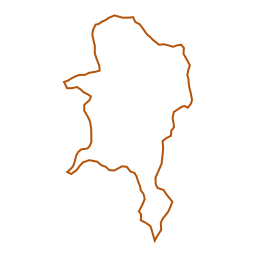 the district of Adelândia, Goiás, Brazil
{"feature_id": "56859067B13956075802223", "entity_name": "Adelândia", "entity_type": "district", "adm_level": 2, "iso_a3": "BRA", "parent_name": "Brazil", "parent_adm1": "Goiás", "projection": "natural_earth1", "projection_center": [-50.188, -16.386], "detail": "fine", "context": "isolated", "style": "outline", "palette": "amber", "viewbox_px": 256, "rotation_deg": 0, "n_neighbors": 0, "source": "geoboundaries", "source_scale": "gbopen_adm2", "svg_char_len": 1606}
<svg xmlns="http://www.w3.org/2000/svg" viewBox="0 0 256 256"><path d="M183.9,47.9L181.1,44.7L177.3,45.3L173.1,46.8L169.0,45.5L164.1,44.3L159.1,44.7L153.4,40.3L150.1,36.9L146.9,34.3L142.8,28.4L139.7,24.3L135.2,21.9L133.1,17.2L129.2,17.6L122.6,17.7L114.5,15.4L108.9,17.8L104.9,20.4L101.8,21.7L99.0,23.8L95.6,24.7L93.0,29.9L92.3,34.5L93.5,40.4L94.8,45.7L94.8,53.4L97.0,59.9L99.2,65.5L99.7,70.5L95.7,71.7L89.0,72.8L85.2,74.8L78.9,75.0L75.6,76.3L71.8,78.2L68.1,80.5L64.0,82.0L67.1,88.2L71.7,88.2L76.9,87.0L80.5,89.4L84.0,92.5L87.6,94.2L90.9,96.4L89.7,99.9L84.2,105.0L84.3,110.8L87.8,116.7L89.9,121.2L91.1,128.0L91.3,133.2L91.4,141.8L90.0,145.6L87.4,148.5L81.4,149.3L78.1,152.1L76.2,155.6L74.8,161.3L73.1,166.2L70.3,169.3L67.2,172.0L71.2,174.0L76.5,170.2L80.0,165.5L83.0,162.3L89.2,160.2L97.3,161.7L101.5,165.3L105.8,166.8L109.3,170.1L114.3,170.5L122.0,166.3L126.8,166.8L130.4,171.5L134.4,172.9L136.5,176.3L138.4,182.4L140.0,186.2L140.8,190.4L143.5,193.9L144.7,199.1L142.3,204.9L138.9,211.3L141.1,214.4L140.8,220.3L145.4,222.6L150.3,226.0L151.6,229.6L154.7,240.6L157.0,236.4L161.2,229.9L160.8,222.8L162.6,218.8L165.9,214.8L168.3,211.5L170.2,207.3L172.4,201.8L168.8,197.3L166.5,194.5L163.6,190.0L157.7,188.0L155.7,184.3L155.5,177.6L157.8,172.5L161.6,163.7L162.4,156.2L162.9,151.1L163.1,147.2L162.6,141.1L166.3,138.1L170.9,135.8L171.3,130.7L174.0,127.1L173.5,122.9L172.6,118.1L173.8,112.0L181.1,107.2L184.4,105.9L187.8,107.7L191.1,103.5L192.0,99.6L190.8,93.3L189.4,87.6L188.7,83.4L188.5,79.1L187.3,74.8L188.5,69.4L189.9,65.4L187.5,60.8L183.5,53.8L183.9,47.9Z" fill="none" stroke="#b45309" stroke-width="2"/></svg>